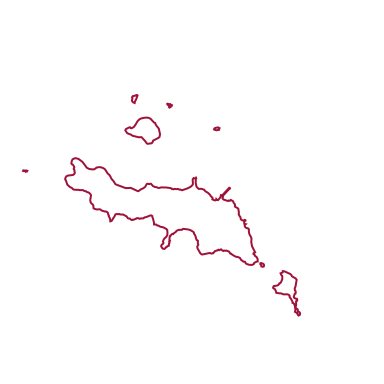 outline of Ko Si Chang, Thailand, rotated 301°
{"feature_id": "78962969B51013887966956", "entity_name": "Ko Si Chang", "entity_type": "district", "adm_level": 2, "iso_a3": "THA", "parent_name": "Thailand", "parent_adm1": "", "projection": "orthographic", "projection_center": [100.809, 13.149], "detail": "fine", "context": "isolated", "style": "outline", "palette": "rose", "viewbox_px": 384, "rotation_deg": 301, "n_neighbors": 0, "source": "geoboundaries", "source_scale": "gbopen_adm2", "svg_char_len": 6106}
<svg xmlns="http://www.w3.org/2000/svg" viewBox="0 0 384 384"><g transform="rotate(301 192 192)"><path d="M161.9,77.5L160.9,74.5L158.6,72.8L157.0,72.9L154.6,73.7L153.9,74.7L154.1,75.6L153.7,76.7L152.5,78.5L150.8,78.7L150.2,80.0L148.9,80.8L148.5,81.4L147.8,81.8L146.3,81.7L145.2,81.1L142.1,77.1L140.6,76.2L139.5,76.2L138.3,76.4L137.4,76.9L137.1,77.8L134.1,81.3L133.4,84.7L133.6,86.9L133.1,88.7L133.2,89.5L134.5,92.1L135.3,93.3L135.8,94.9L137.5,97.6L137.4,99.1L138.0,100.7L137.8,101.9L138.2,102.9L138.3,104.5L137.6,106.6L137.0,107.2L132.5,109.0L131.2,110.2L130.4,111.6L130.2,113.3L129.5,114.5L127.4,115.9L127.3,116.9L128.0,119.4L129.8,122.0L129.6,124.3L130.4,127.4L131.0,128.2L131.1,129.5L130.9,130.5L129.3,132.1L129.1,132.8L128.4,133.1L126.9,135.5L124.8,137.1L125.7,137.9L127.0,138.1L129.5,138.0L130.6,138.2L133.3,137.9L134.2,138.6L134.9,140.1L135.7,141.0L135.7,141.9L137.2,144.6L137.4,148.5L136.5,150.5L136.6,151.3L137.2,152.4L136.9,153.7L137.0,155.0L137.8,155.5L137.9,156.0L140.4,157.9L140.9,158.0L141.9,159.4L142.0,160.9L142.8,161.5L144.4,163.9L145.8,164.4L146.6,165.4L150.6,168.5L151.0,169.4L150.9,170.4L150.0,171.0L149.6,171.7L146.4,175.0L144.6,176.2L145.7,178.2L145.4,179.4L145.9,180.8L145.9,182.8L146.9,185.4L147.1,189.0L146.7,190.3L144.4,192.0L142.1,193.1L139.7,192.9L138.4,192.4L136.9,192.2L134.8,192.5L133.6,193.8L132.7,193.8L131.2,193.2L129.7,193.4L128.8,194.8L128.4,196.2L129.1,197.8L131.2,198.2L131.6,198.6L132.1,198.4L134.1,199.8L134.4,199.4L135.7,199.1L136.0,198.8L136.7,199.0L138.0,197.8L138.9,198.3L139.8,197.0L142.2,195.9L142.7,196.2L143.1,195.8L146.0,196.7L146.3,197.6L147.4,197.7L149.2,198.6L150.8,198.8L152.7,200.1L154.4,202.8L155.8,203.3L157.4,206.8L158.2,208.9L158.5,210.5L158.5,213.7L157.9,214.9L157.3,215.2L156.8,216.5L155.5,218.3L154.5,219.1L153.3,220.7L153.3,222.1L150.9,223.5L150.0,224.6L147.9,224.6L146.6,225.7L143.9,230.4L143.5,232.0L143.7,233.0L148.5,238.2L149.0,239.0L149.3,240.6L150.2,241.2L150.4,241.7L153.0,242.1L153.3,242.5L154.3,243.0L154.8,243.7L156.1,244.3L156.1,245.3L157.8,246.4L157.5,247.8L157.6,249.3L158.4,249.7L158.9,251.1L159.5,251.6L160.0,254.5L159.0,256.4L158.9,256.8L159.3,257.2L159.0,258.7L159.0,261.9L159.3,263.6L159.8,264.4L160.2,266.9L158.9,269.5L159.1,270.6L158.7,271.7L159.5,273.4L158.5,274.8L158.5,276.2L159.1,278.6L160.4,281.0L162.0,282.1L163.1,281.8L165.3,283.0L166.3,284.1L168.3,282.8L169.3,281.3L169.6,280.5L169.6,279.2L170.3,278.2L170.5,276.6L171.2,276.3L172.8,277.2L176.4,271.4L179.6,268.6L182.7,267.0L184.2,265.2L184.7,264.0L185.8,262.5L187.1,261.3L189.4,259.9L189.7,258.5L189.2,257.6L189.2,256.3L189.8,254.8L190.9,254.2L192.1,254.6L191.7,253.2L193.6,251.8L195.0,252.6L195.4,252.2L195.2,251.5L194.1,251.0L193.6,249.7L193.7,248.0L195.5,246.3L196.0,244.8L196.5,244.4L196.7,243.7L198.8,242.6L201.5,240.3L201.7,239.0L201.5,236.8L201.7,236.3L202.3,235.8L203.0,235.7L203.7,234.8L204.1,233.4L205.2,232.0L205.2,229.4L204.5,229.3L203.8,228.7L203.8,228.0L202.8,227.5L201.8,223.1L202.1,221.6L204.9,220.5L213.4,222.3L214.2,222.7L214.7,222.7L215.0,222.1L214.8,221.7L204.5,219.6L204.2,219.5L204.5,218.9L204.3,218.4L202.0,219.1L198.5,218.5L198.1,217.7L198.5,216.4L197.5,216.7L196.8,216.3L196.3,214.9L196.2,213.2L197.3,212.9L197.6,212.6L198.1,210.3L199.0,208.5L199.5,206.2L199.5,203.2L200.2,201.1L199.5,198.2L198.1,196.2L198.8,193.2L201.7,190.5L204.9,188.7L205.9,188.6L206.3,188.0L205.7,187.9L205.0,187.4L204.8,186.2L203.1,186.1L199.3,188.7L198.1,188.8L195.9,188.2L192.8,186.3L188.4,182.6L188.1,180.7L187.5,179.9L187.5,178.6L186.4,177.2L185.6,175.3L184.8,174.8L184.2,173.3L184.5,172.9L184.1,171.1L182.6,167.6L180.0,163.1L178.9,162.2L178.1,161.0L177.8,158.9L177.2,157.7L177.0,155.4L177.9,152.7L177.6,152.0L176.8,151.4L176.1,149.5L175.5,149.1L172.3,149.2L169.7,148.1L168.3,147.0L165.1,145.6L164.8,144.9L164.0,137.4L161.2,133.2L159.3,123.1L159.4,122.0L160.8,119.4L161.7,116.5L163.9,112.9L164.5,110.1L166.6,105.8L166.8,104.2L166.4,101.6L165.6,99.7L163.7,97.5L162.7,97.3L161.0,96.4L160.1,95.0L158.8,92.1L158.6,89.4L161.4,82.6L161.9,77.5ZM220.0,108.9L217.7,108.6L216.2,107.8L215.3,107.1L215.2,106.6L215.6,105.6L214.8,104.7L211.7,102.9L210.5,103.1L209.2,105.8L209.1,106.9L209.7,109.8L209.6,112.1L211.4,118.0L213.0,120.5L211.5,125.7L210.5,127.9L210.4,129.1L212.9,132.2L214.1,132.6L215.8,132.2L216.2,132.3L221.2,135.4L222.4,135.8L225.0,134.9L229.3,130.8L230.4,127.7L231.3,125.9L232.2,124.9L232.0,123.6L233.4,118.8L233.3,117.1L232.8,115.4L231.0,112.8L228.7,110.4L227.2,109.5L224.8,108.9L220.0,108.9ZM169.7,311.1L167.9,309.8L166.8,311.4L166.6,312.4L165.4,313.4L163.6,314.3L161.1,314.7L159.3,314.6L158.7,313.9L157.7,314.1L155.9,313.4L153.4,310.5L151.9,310.7L151.6,310.9L151.3,311.8L151.6,312.6L150.7,314.4L149.0,316.2L150.4,319.6L151.0,320.5L151.3,322.9L153.5,326.6L153.7,328.3L153.2,329.3L152.5,329.5L152.0,330.1L151.6,331.5L149.7,334.7L148.7,335.3L148.9,336.2L148.7,337.1L147.4,338.8L144.5,341.2L142.3,342.0L142.4,344.3L142.0,344.6L142.0,345.3L141.2,346.1L141.0,347.0L142.1,347.7L143.7,347.2L144.3,346.1L144.3,344.2L145.8,343.1L146.1,340.6L147.0,339.7L148.0,339.8L149.1,339.3L151.9,337.5L152.5,337.6L153.0,338.1L154.1,337.5L154.5,336.9L154.0,335.9L153.9,334.1L154.6,333.2L157.7,332.5L158.1,333.0L159.1,332.8L160.5,331.7L160.7,330.9L161.2,330.4L162.3,329.7L164.6,329.3L170.7,326.9L171.3,325.3L171.2,321.1L172.1,319.8L172.3,318.4L171.6,312.0L170.9,310.6L170.3,311.1L169.7,311.1ZM243.7,91.9L242.3,91.8L241.9,92.6L239.6,93.3L239.0,93.9L238.5,95.5L238.8,97.0L240.0,96.5L242.5,96.4L246.7,95.6L246.8,94.9L246.1,94.1L245.4,93.8L243.7,91.9ZM260.9,182.7L260.9,181.3L260.0,180.1L258.4,178.6L257.2,178.5L256.9,178.9L257.4,180.8L257.6,181.4L258.7,182.3L259.0,183.1L259.7,183.1L260.1,182.7L260.9,182.7ZM166.8,288.1L166.2,287.3L165.5,287.5L164.7,289.3L163.9,289.8L164.4,291.3L165.1,291.9L166.4,291.5L167.0,290.7L167.1,289.8L166.8,288.1ZM255.5,130.3L256.1,130.1L255.9,129.2L256.1,127.9L255.4,127.2L255.2,125.7L254.7,125.4L254.3,125.9L254.0,128.1L252.8,128.7L252.7,129.2L253.4,129.7L255.5,130.3ZM125.0,38.6L124.4,38.0L123.7,36.3L123.1,36.3L123.2,37.1L124.1,38.1L123.8,38.9L124.3,38.9L124.3,39.6L124.6,40.0L125.4,39.9L125.0,38.6Z" fill="none" stroke="#9f1239" stroke-width="2"/></g></svg>